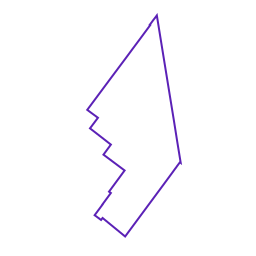 the district of Puán, Buenos Aires, Argentina, rotated 171°
{"feature_id": "61730980B69414745646580", "entity_name": "Puán", "entity_type": "district", "adm_level": 2, "iso_a3": "ARG", "parent_name": "Argentina", "parent_adm1": "Buenos Aires", "projection": "orthographic", "projection_center": [-63.086, -38.101], "detail": "fine", "context": "isolated", "style": "outline", "palette": "violet", "viewbox_px": 256, "rotation_deg": 171, "n_neighbors": 0, "source": "geoboundaries", "source_scale": "gbopen_adm2", "svg_char_len": 644}
<svg xmlns="http://www.w3.org/2000/svg" viewBox="0 0 256 256"><g transform="rotate(171 128 128)"><path d="M156.4,105.5L138.0,86.6L156.7,68.1L155.1,66.5L165.2,56.5L165.1,56.4L174.6,47.1L169.0,41.4L167.2,43.1L147.8,21.3L100.5,67.8L92.1,76.1L87.3,80.9L86.8,81.3L85.8,82.4L82.1,86.0L81.4,85.3L81.5,106.5L81.5,118.0L81.5,127.8L81.6,150.2L81.6,150.8L81.7,175.7L81.8,202.0L81.9,234.7L82.0,234.6L82.7,233.9L83.4,233.2L86.2,230.6L88.4,228.4L90.4,226.5L90.0,226.1L96.6,219.6L103.0,213.3L110.9,205.6L118.2,198.4L137.2,179.9L165.4,152.3L162.6,149.4L156.1,142.8L165.6,133.6L147.5,114.3L156.4,105.5Z" fill="none" stroke="#5b21b6" stroke-width="2"/></g></svg>